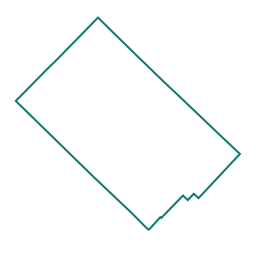 Moffat, Colorado, United States of America, rotated 44°
{"feature_id": "52423323B20517885523986", "entity_name": "Moffat", "entity_type": "district", "adm_level": 2, "iso_a3": "USA", "parent_name": "United States of America", "parent_adm1": "Colorado", "projection": "albers", "projection_center": [-108.223, 40.612], "detail": "fine", "context": "isolated", "style": "outline", "palette": "teal", "viewbox_px": 256, "rotation_deg": 44, "n_neighbors": 0, "source": "geoboundaries", "source_scale": "gbopen_adm2", "svg_char_len": 545}
<svg xmlns="http://www.w3.org/2000/svg" viewBox="0 0 256 256"><g transform="rotate(44 128 128)"><path d="M213.7,186.4L213.2,169.7L214.4,169.6L214.5,138.4L221.1,138.3L221.0,129.6L227.5,129.5L226.5,68.9L220.9,69.0L191.5,69.3L158.3,69.5L143.7,69.6L128.4,69.8L120.5,69.9L92.1,69.8L89.1,69.9L77.3,69.8L48.5,69.6L29.7,69.4L29.6,95.6L29.4,112.4L29.4,120.3L29.4,121.6L29.4,126.8L29.0,138.7L28.9,144.7L28.9,145.5L28.8,153.1L28.5,186.5L136.3,187.1L189.1,186.6L207.3,187.0L213.2,186.9L213.7,186.4Z" fill="none" stroke="#0f766e" stroke-width="2"/></g></svg>